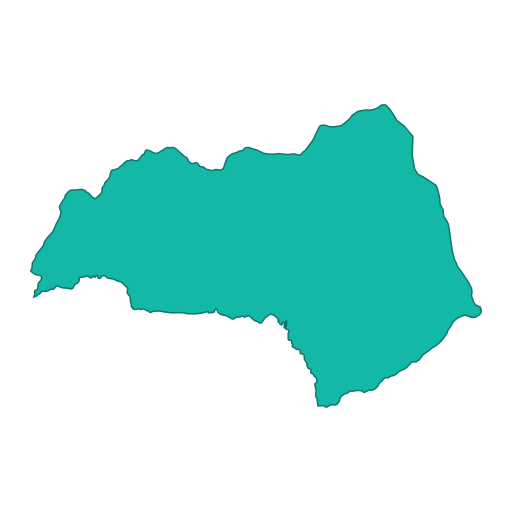 San Pablo, Nariño, Colombia (Robinson projection)
{"feature_id": "7082276B83182105185370", "entity_name": "San Pablo", "entity_type": "district", "adm_level": 2, "iso_a3": "COL", "parent_name": "Colombia", "parent_adm1": "Nariño", "projection": "robinson", "projection_center": [-77.0, 1.679], "detail": "fine", "context": "isolated", "style": "filled", "palette": "teal", "viewbox_px": 512, "rotation_deg": 0, "n_neighbors": 0, "source": "geoboundaries", "source_scale": "gbopen_adm2", "svg_char_len": 6030}
<svg xmlns="http://www.w3.org/2000/svg" viewBox="0 0 512 512"><path d="M145.7,150.5L144.8,152.1L144.4,153.8L143.3,154.3L142.3,155.1L138.4,160.0L136.6,160.7L135.4,160.9L131.5,159.6L129.3,160.7L126.8,160.9L126.0,161.4L125.7,161.9L123.6,163.5L122.4,165.0L121.2,165.7L117.9,168.7L111.5,170.5L110.5,172.8L109.8,176.6L109.2,177.8L107.5,180.1L105.2,182.2L104.0,185.5L102.5,187.5L102.0,188.6L102.0,191.0L101.7,192.3L100.6,193.9L99.2,195.4L95.2,198.6L94.6,198.6L92.9,197.6L91.1,195.9L88.8,193.3L86.1,191.7L85.0,190.6L82.4,189.5L78.5,189.6L75.1,190.1L71.2,190.1L69.5,190.7L66.3,194.2L65.5,194.8L64.9,197.5L64.2,198.8L62.0,201.9L59.8,205.8L59.5,207.0L59.7,208.5L60.7,210.9L61.0,212.5L61.0,213.3L59.5,217.9L56.3,223.8L54.2,228.9L52.1,232.5L47.6,237.4L44.7,241.5L44.0,243.0L43.6,245.3L36.1,255.0L35.3,258.6L34.8,259.5L33.4,261.1L32.3,263.4L32.1,267.5L31.4,269.7L30.7,270.9L32.4,272.6L35.1,274.3L36.1,274.7L40.1,275.5L40.8,275.8L41.3,276.6L41.6,277.4L41.5,278.5L40.6,280.6L39.2,282.1L38.4,283.3L38.0,284.8L37.8,288.8L36.8,289.8L35.3,290.3L34.6,291.1L34.7,294.6L33.7,296.9L35.8,296.5L37.2,295.3L40.0,293.4L40.9,292.6L41.2,291.7L41.8,291.3L46.1,291.4L48.9,290.4L50.8,289.1L53.1,289.5L54.2,288.6L55.4,287.0L56.5,286.0L57.5,286.0L62.3,287.8L67.7,288.2L70.2,288.9L71.9,288.8L73.2,287.8L74.5,284.6L77.4,283.2L78.6,282.0L79.1,280.7L79.3,278.2L79.5,277.7L80.5,277.2L83.8,277.1L85.1,276.4L87.6,276.0L88.6,276.5L90.1,277.8L91.1,277.9L92.1,277.3L92.7,276.0L93.0,275.9L94.4,277.0L95.2,277.2L95.5,277.0L96.1,275.5L96.7,275.3L97.3,275.7L97.9,277.3L98.7,278.2L99.2,278.4L100.1,278.3L100.8,277.9L101.2,276.8L101.7,276.1L102.7,275.8L103.9,275.7L105.5,276.0L106.8,277.5L107.7,278.1L113.6,279.1L118.0,281.2L120.2,281.6L121.0,281.9L123.0,283.6L127.1,287.6L127.5,288.2L127.7,289.8L127.2,291.2L127.1,292.7L127.7,293.9L129.6,295.9L130.2,297.6L130.5,300.3L130.4,301.8L131.2,303.7L131.4,306.4L132.0,307.7L132.9,308.7L134.7,309.5L136.3,309.4L138.6,308.7L140.5,309.6L142.7,309.0L144.0,309.0L145.4,309.8L146.7,310.8L148.3,310.8L149.5,312.2L150.2,312.5L150.6,312.5L152.1,311.7L155.1,311.1L159.3,311.0L160.9,311.2L164.4,312.0L168.4,312.4L170.5,312.8L181.5,312.7L184.8,313.1L186.9,313.6L194.3,313.9L201.4,313.2L207.4,311.6L208.1,311.9L208.9,313.0L209.7,312.9L211.1,312.3L212.4,312.7L213.5,312.0L214.3,312.0L215.1,309.7L215.5,309.4L216.3,309.3L216.8,309.4L217.0,309.8L217.9,312.3L220.2,314.1L222.7,315.0L226.5,315.7L232.2,319.0L233.8,318.9L235.6,317.5L236.4,317.2L240.1,317.0L241.8,316.1L243.1,316.2L244.2,317.1L244.6,317.1L245.5,316.8L246.7,316.1L249.1,316.0L250.5,316.8L252.0,318.4L254.1,320.2L255.5,321.0L257.5,321.4L258.6,322.1L259.0,322.9L260.2,323.1L261.6,322.7L265.0,317.9L268.5,315.2L270.7,314.2L273.4,314.9L276.2,317.0L277.8,318.7L278.4,319.6L278.1,321.4L278.7,321.2L278.8,322.3L279.7,323.1L279.8,323.9L281.7,325.0L282.5,322.8L282.9,322.1L283.3,322.0L283.8,322.6L284.4,323.7L284.1,326.9L284.5,327.9L284.9,327.8L285.3,326.5L285.3,323.0L285.5,321.4L286.1,320.8L286.7,321.1L286.5,324.7L285.7,328.3L285.8,328.7L286.4,329.3L287.9,329.6L288.7,330.4L288.7,331.6L288.1,334.4L288.3,336.4L288.1,338.2L288.3,339.3L289.2,340.2L291.1,340.3L291.5,340.8L291.8,343.2L292.6,344.0L292.7,344.4L292.2,346.2L292.4,346.6L293.7,347.5L294.5,347.6L296.3,349.3L298.8,349.4L299.8,349.8L300.3,350.6L300.1,353.0L300.5,353.6L303.0,354.0L303.8,354.6L304.2,356.0L304.4,359.3L306.6,362.9L307.0,364.1L307.1,366.0L307.8,367.9L308.7,368.5L310.7,369.1L310.9,369.5L310.8,372.5L311.0,373.0L313.3,374.3L314.2,376.1L316.3,377.8L316.6,378.5L317.0,381.8L316.7,382.3L314.9,383.8L314.7,384.6L315.4,386.8L315.7,389.0L316.1,390.0L316.2,390.6L315.7,393.9L315.8,396.0L316.2,397.3L317.1,398.7L317.3,401.7L317.8,404.4L317.8,405.8L320.5,405.9L321.8,405.6L323.0,405.6L323.5,405.7L325.2,406.8L326.1,407.1L327.3,406.9L330.4,405.0L331.3,404.6L335.3,405.0L337.0,404.3L339.3,401.1L340.7,396.8L344.2,394.0L346.2,393.6L347.5,393.0L349.8,391.4L351.3,391.0L353.4,391.2L355.7,390.6L358.6,390.5L362.3,390.9L363.1,391.9L364.5,392.5L364.8,392.4L365.5,391.5L366.4,391.4L369.3,390.0L371.7,390.2L372.8,389.7L373.9,389.6L375.1,388.6L375.9,388.2L377.8,386.0L379.9,382.5L382.1,380.9L383.7,378.6L385.2,377.8L388.3,377.8L390.0,376.4L393.5,375.5L395.2,374.8L397.1,373.5L398.2,372.1L399.1,371.7L400.2,370.8L402.2,370.0L406.0,368.1L411.9,362.0L415.9,361.9L419.0,360.0L423.2,354.5L426.9,352.1L431.6,348.3L437.0,344.9L441.1,341.1L444.1,337.4L446.7,333.7L448.2,329.7L450.7,326.3L452.8,322.5L454.2,320.8L457.0,318.4L460.2,316.8L464.8,315.0L468.3,316.1L471.7,317.5L475.6,317.2L479.2,314.8L480.6,313.4L481.3,310.8L480.8,308.6L480.2,307.0L475.5,304.9L473.6,302.1L471.5,296.0L472.0,291.4L471.3,287.9L469.0,283.2L462.5,273.3L457.2,266.1L456.2,262.8L454.6,260.0L452.4,251.5L451.2,244.2L449.2,228.9L448.1,223.5L445.4,218.8L443.6,216.1L443.1,209.7L440.2,204.2L439.9,202.1L439.9,199.1L438.7,193.6L436.8,186.8L435.7,185.1L423.2,176.9L418.1,174.5L414.6,169.0L412.2,155.2L412.9,136.5L404.0,126.0L396.8,120.5L394.7,116.7L389.9,109.3L385.5,104.9L381.3,105.0L380.3,106.1L376.9,108.3L373.5,109.5L369.8,110.2L365.9,110.0L360.5,110.8L358.0,111.4L352.4,115.1L349.8,118.7L341.8,125.4L339.3,126.0L334.3,126.8L331.0,126.8L328.6,126.5L325.5,125.3L323.9,125.2L322.0,125.2L320.4,125.7L319.8,126.2L319.1,127.3L316.0,133.6L313.8,138.4L312.1,141.3L305.2,150.5L302.8,152.3L301.0,154.4L299.9,154.9L299.0,155.1L295.3,154.1L293.0,153.9L288.3,154.5L283.8,154.2L279.1,153.6L273.3,154.2L268.3,154.0L264.8,153.5L262.7,153.0L259.9,151.4L255.6,149.7L248.9,147.6L246.8,147.5L244.8,148.1L243.1,150.1L242.6,150.5L239.7,151.0L237.0,152.3L232.5,153.7L229.4,155.7L227.3,157.7L226.8,158.6L223.5,168.1L222.3,169.4L220.5,170.0L217.0,169.6L214.7,169.7L212.5,170.6L211.8,170.6L206.2,169.2L205.5,168.8L204.3,167.5L203.3,167.1L200.3,166.5L199.0,165.4L198.6,164.7L198.2,163.8L197.3,163.4L196.3,162.6L192.3,163.6L191.5,163.5L190.5,162.9L188.6,161.3L187.5,158.6L186.8,157.7L185.1,156.9L176.1,149.0L173.7,147.5L173.1,147.4L172.0,147.7L166.8,147.6L158.4,152.8L157.4,153.2L156.0,153.4L153.5,152.8L151.0,151.4L147.6,150.1L146.3,150.0L145.7,150.5Z" fill="#14b8a6" stroke="#0f766e" stroke-width="1.5"/></svg>